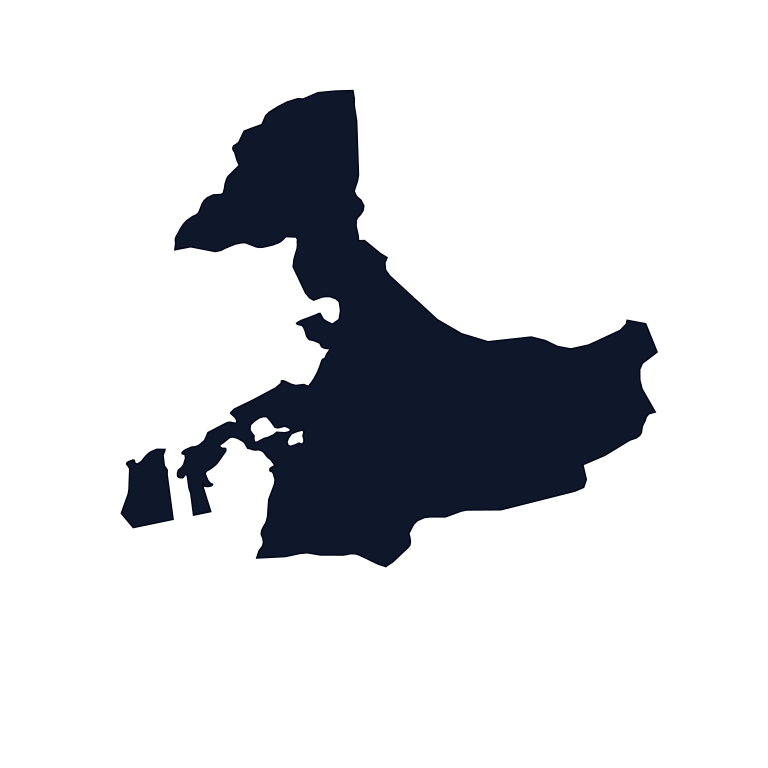 outline of Vaud, rotated 208°
{"feature_id": "CHE-3422", "entity_name": "Vaud", "entity_type": "Canton", "adm_level": 1, "iso_a3": "CHE", "parent_name": "Switzerland", "parent_adm1": "", "projection": "orthographic", "projection_center": [6.845, 46.59], "detail": "fine", "context": "isolated", "style": "filled", "palette": "ink", "viewbox_px": 768, "rotation_deg": 208, "n_neighbors": 0, "source": "natural_earth", "source_scale": "10m", "svg_char_len": 5178}
<svg xmlns="http://www.w3.org/2000/svg" viewBox="0 0 768 768"><g transform="rotate(208 384 384)"><path d="M157.9,540.4L165.6,523.6L165.1,516.9L160.0,507.6L153.9,500.8L133.3,487.8L131.3,486.6L136.2,482.0L137.0,478.0L136.2,473.8L136.2,469.2L135.9,467.3L134.9,464.7L134.0,461.8L134.1,458.7L135.8,455.0L140.6,449.9L155.5,424.8L170.5,406.1L167.3,402.4L160.5,394.6L159.2,386.5L165.0,379.2L221.8,327.8L252.0,311.5L256.2,308.0L267.3,295.6L281.2,288.2L285.7,285.0L290.4,279.1L292.0,274.0L291.9,263.7L288.8,260.2L286.6,257.2L285.5,253.8L286.1,250.8L292.8,230.9L295.7,225.7L296.5,223.7L304.2,222.3L325.8,221.4L329.4,220.7L333.7,218.6L339.4,214.0L359.9,203.2L372.5,199.0L378.9,194.8L390.0,185.4L414.7,170.6L416.0,178.1L415.1,184.0L416.1,187.7L418.4,190.8L421.8,193.6L423.1,196.7L423.4,200.2L423.1,206.0L423.9,209.9L424.6,212.4L431.5,227.9L433.6,243.9L435.1,248.3L439.8,253.1L440.8,253.8L441.8,254.0L443.6,253.7L444.2,254.2L444.9,255.4L444.7,256.6L443.9,258.0L442.8,259.4L442.4,260.8L443.0,261.4L448.2,264.0L449.6,264.3L451.1,264.4L452.9,264.9L457.4,267.0L459.2,267.5L460.6,267.6L464.0,267.1L466.4,265.4L469.3,264.3L471.2,264.2L474.1,263.3L475.9,264.3L478.1,265.8L480.0,266.8L481.8,267.2L487.7,267.3L489.8,267.0L493.1,266.0L494.0,265.3L495.3,264.0L498.4,256.7L500.1,253.8L500.2,252.5L499.4,251.6L496.8,251.2L493.7,252.7L492.9,252.0L492.3,250.4L493.8,237.8L494.2,235.8L494.7,233.8L495.5,231.8L497.4,227.7L499.9,223.7L500.1,221.7L498.8,219.8L494.4,216.3L491.9,215.1L490.0,214.8L488.5,215.0L488.0,214.6L488.8,212.8L490.0,211.8L491.4,210.8L494.1,209.6L495.0,209.7L495.9,210.3L496.9,211.4L497.6,211.7L496.3,209.5L494.8,207.5L477.1,190.0L490.6,178.8L503.5,197.1L504.9,198.2L507.4,200.7L514.2,210.1L515.3,211.1L516.2,211.2L516.8,210.7L517.2,209.6L517.3,208.5L517.4,207.2L518.1,206.5L519.3,205.8L520.8,205.4L522.0,205.3L522.9,205.7L523.8,207.0L524.7,209.0L525.1,211.5L523.9,214.1L523.2,216.8L523.2,219.6L524.3,225.1L525.8,227.4L527.0,228.4L529.0,227.7L529.5,227.7L530.0,228.4L529.7,230.3L528.3,232.9L524.2,238.0L521.6,239.7L519.8,241.4L518.2,243.8L515.9,250.0L516.6,258.5L505.3,274.9L503.7,276.8L502.0,278.0L496.6,279.6L496.0,280.7L497.1,283.0L498.7,284.0L500.1,284.7L505.5,286.1L505.9,286.5L504.4,291.6L492.1,308.4L477.7,329.8L475.3,335.9L475.2,336.8L475.7,337.8L476.0,338.5L475.0,339.4L472.6,339.9L466.1,340.1L461.3,341.2L454.5,345.9L449.5,346.4L448.5,352.8L448.3,355.6L448.2,362.8L448.9,369.5L449.5,373.0L449.9,376.2L449.6,377.4L448.6,378.1L448.3,378.7L448.3,380.1L448.5,381.8L448.6,384.1L448.1,386.7L448.1,388.8L448.6,389.7L452.2,388.1L454.1,387.6L456.6,387.6L459.9,390.0L466.1,389.4L470.8,388.2L472.5,388.7L474.7,389.9L479.4,394.7L482.3,396.7L484.1,397.3L487.4,396.3L489.0,396.2L489.7,396.6L488.9,398.3L486.7,401.5L476.2,413.4L475.0,415.3L473.6,416.3L468.5,413.0L467.5,412.6L464.0,412.3L458.5,412.5L457.5,412.8L453.9,420.0L456.8,428.4L461.6,435.1L463.4,436.0L466.6,436.7L472.7,435.8L476.3,434.0L479.4,431.8L485.5,425.0L490.0,425.2L495.8,427.4L519.2,444.8L522.0,451.9L523.4,458.2L523.8,460.7L524.6,463.8L525.9,466.6L527.3,468.9L528.2,471.1L529.6,471.9L530.0,472.8L539.8,468.1L541.5,462.7L542.3,461.0L543.6,459.1L547.7,454.4L555.0,448.1L557.7,446.4L560.8,445.2L573.2,443.6L576.8,441.3L581.2,437.6L587.8,429.7L590.8,425.4L595.1,421.8L619.2,414.4L631.7,404.3L633.6,409.5L634.5,411.2L635.8,413.1L636.5,414.9L636.7,417.5L636.5,421.8L636.6,425.8L636.1,430.8L634.8,435.7L631.7,441.8L629.5,444.7L628.3,447.1L628.1,449.4L629.1,457.7L628.9,461.4L627.4,465.6L623.5,470.8L616.7,474.9L615.5,477.0L616.8,482.3L618.2,486.0L619.1,490.9L619.1,494.1L614.4,509.2L618.6,512.4L624.7,518.6L627.2,519.9L628.4,521.6L628.5,523.7L626.5,527.1L625.7,529.3L626.2,541.6L621.1,547.5L613.8,555.5L613.7,557.4L614.4,565.5L612.9,570.1L607.9,578.9L602.1,587.3L594.0,595.5L589.2,597.6L579.2,610.1L565.3,619.3L549.2,628.5L544.3,622.2L541.2,616.2L531.7,603.5L504.7,556.6L502.8,551.0L500.9,540.2L496.4,536.7L490.7,535.5L485.5,531.9L483.9,527.3L484.3,522.8L485.4,518.7L485.4,515.5L482.8,510.3L476.5,502.9L473.7,498.5L468.6,501.5L448.5,497.5L440.6,497.0L440.1,491.4L436.2,485.4L429.9,482.2L367.1,465.8L339.1,464.8L312.0,470.1L276.0,494.6L262.3,498.0L248.4,498.6L235.4,502.7L221.6,514.5L209.5,530.4L200.5,542.4L198.2,550.7L199.2,554.4L181.2,560.0L162.0,543.9L157.9,540.4ZM472.1,300.1L475.2,298.6L478.3,295.6L481.4,289.5L482.8,284.9L480.7,280.4L477.2,278.4L474.5,277.4L473.1,274.3L470.7,271.8L468.6,273.3L466.9,275.8L464.1,279.9L461.7,281.9L457.8,287.0L456.1,291.0L451.6,293.0L448.5,294.5L446.1,296.6L444.7,298.1L445.7,300.6L448.5,300.6L452.0,300.1L456.8,295.6L459.9,294.6L464.8,297.1L468.2,298.6L472.1,300.1ZM434.3,305.2L437.1,302.6L439.1,300.6L442.3,296.6L443.0,292.0L442.6,287.5L440.2,284.9L437.4,284.9L433.9,288.5L431.2,292.0L428.4,292.0L427.4,295.0L429.1,298.1L431.2,300.1L432.2,304.1L434.3,305.2ZM538.0,139.5L555.2,146.5L558.2,167.0L559.8,171.5L568.6,189.6L569.7,190.5L571.1,191.3L573.7,192.5L574.0,193.7L573.2,195.4L570.1,198.9L569.1,199.4L568.2,198.9L567.1,197.5L566.0,197.1L564.6,197.3L563.0,199.3L561.7,202.1L560.7,207.7L559.8,210.8L558.7,213.4L557.6,215.2L554.0,219.6L546.7,223.4L546.3,222.0L545.7,217.5L539.7,208.8L535.0,206.3L532.9,202.1L506.7,165.5L538.0,139.5Z" fill="#0f172a" stroke="#020617" stroke-width="1.5"/></g></svg>